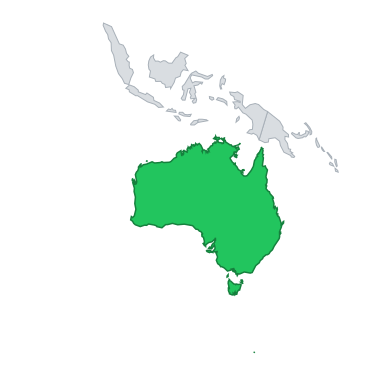 Australia shown with its bordering countries, rotated 17°
{"feature_id": "AUS", "entity_name": "Australia", "entity_type": "country or territory", "adm_level": 0, "iso_a3": "AUS", "parent_name": "Oceania", "parent_adm1": "", "projection": "robinson", "projection_center": [137.073, -32.4], "detail": "fine", "context": "with_neighbors", "style": "filled", "palette": "green", "viewbox_px": 384, "rotation_deg": 17, "n_neighbors": 4, "source": "natural_earth", "source_scale": "50m", "svg_char_len": 10134}
<svg xmlns="http://www.w3.org/2000/svg" viewBox="0 0 384 384"><g transform="rotate(17 192 192)"><path d="M240.8,93.0L255.2,98.7L260.1,103.3L260.7,106.0L267.4,108.8L268.3,111.2L264.7,111.6L265.5,114.7L269.1,117.6L271.6,122.5L273.9,122.3L273.8,124.3L276.8,125.1L275.6,125.9L279.8,127.9L279.4,129.2L276.7,129.5L275.8,128.3L268.3,127.1L263.0,121.7L260.9,117.8L255.7,115.8L249.9,118.6L250.4,121.9L247.3,123.5L240.9,122.5L240.8,93.0ZM285.8,95.9L288.9,99.2L289.4,101.6L288.2,102.8L286.5,98.3L282.4,94.9L279.5,93.6L280.6,92.5L285.8,95.9ZM282.0,107.7L277.8,109.8L275.6,109.8L270.1,107.2L270.4,105.8L274.0,106.5L276.2,106.1L276.8,104.0L277.4,103.8L277.8,106.3L280.0,105.9L283.4,102.7L283.0,100.1L285.4,100.0L286.2,100.7L286.1,103.2L284.7,106.0L282.7,106.4L282.0,107.7ZM295.9,105.4L300.8,110.8L300.3,112.1L299.2,112.5L297.4,110.8L295.7,107.9L294.9,104.5L295.4,104.0L295.9,105.4Z" fill="#d9dde1" stroke="#a8b0b8" stroke-width="1"/><path d="M240.8,93.0L240.9,122.5L237.4,118.8L233.3,117.9L232.3,119.2L227.3,119.3L229.0,115.6L231.5,114.4L230.4,109.4L228.5,105.6L220.8,101.8L217.5,101.4L211.5,97.2L210.3,99.4L208.7,99.8L207.8,98.2L207.8,96.2L204.8,94.0L209.1,92.3L211.9,92.4L211.6,91.2L205.7,91.2L204.1,88.5L200.5,87.7L198.8,85.4L204.2,84.3L206.3,82.8L212.7,84.7L214.5,93.7L218.6,96.4L222.0,91.6L226.6,88.9L230.1,88.9L236.5,92.1L240.8,93.0ZM176.8,121.5L177.3,123.8L174.7,127.2L171.3,128.2L170.8,127.6L172.9,123.3L176.8,121.5ZM213.7,112.4L213.3,109.0L214.8,105.9L215.7,107.2L215.7,109.3L213.7,112.4ZM148.3,62.4L146.0,66.5L148.9,70.8L148.2,72.9L152.7,77.1L147.9,77.6L146.6,80.7L146.8,84.8L142.9,87.9L142.9,92.4L141.3,99.4L140.7,97.7L136.2,99.8L134.6,97.0L131.8,96.8L129.8,95.3L125.0,96.9L123.5,94.7L117.6,94.5L116.9,88.4L114.9,87.1L113.0,83.2L112.4,79.3L112.9,75.1L115.3,72.1L116.0,75.1L118.7,77.6L121.3,76.7L123.8,77.1L126.2,74.8L128.1,74.4L131.9,75.6L135.2,74.7L137.3,68.4L138.8,66.8L140.2,61.6L148.3,62.4ZM194.3,93.9L198.7,95.2L200.1,98.7L196.8,96.8L188.4,96.6L189.3,94.1L194.3,93.9ZM184.3,98.4L181.5,97.5L180.7,95.6L184.8,95.4L185.8,96.8L184.3,98.4ZM188.5,71.3L188.8,73.8L191.1,74.2L191.5,76.0L191.3,80.0L189.2,79.5L188.6,82.3L190.3,84.7L189.2,85.2L187.5,82.4L186.4,76.6L187.2,72.9L188.5,71.3ZM163.4,76.6L173.0,77.0L177.0,73.7L177.7,74.7L174.5,79.2L171.5,80.1L167.6,79.2L157.4,80.1L156.9,83.5L160.5,87.5L162.6,85.5L170.1,83.9L169.8,86.0L168.0,85.4L166.3,88.0L162.8,89.8L166.6,95.6L165.9,97.2L169.5,102.4L169.5,105.4L167.3,106.7L165.7,105.1L167.7,101.4L163.7,103.2L162.7,101.9L163.2,100.2L160.4,97.5L160.6,93.1L158.0,94.5L158.5,106.2L156.0,106.9L154.3,105.6L155.4,101.4L154.7,97.0L153.1,97.0L151.8,93.9L153.4,90.9L156.0,80.5L156.8,78.6L160.3,75.2L163.4,76.6ZM158.2,127.7L152.9,124.5L156.6,123.6L160.1,126.4L159.9,127.6L158.2,127.7ZM162.3,119.9L165.0,119.5L168.5,117.9L168.0,120.4L162.0,121.7L156.6,121.1L156.6,119.5L159.8,118.5L162.3,119.9ZM150.0,119.1L152.4,118.7L153.5,120.6L143.9,122.1L145.3,119.5L147.5,119.5L148.5,117.9L150.0,119.1ZM110.8,110.3L111.4,111.9L119.1,112.4L119.9,110.5L127.4,112.7L128.8,115.6L134.9,116.4L139.8,119.1L135.3,120.9L130.8,119.0L123.1,118.8L111.7,115.8L110.1,116.4L102.8,114.5L102.0,112.6L98.4,112.2L101.0,107.9L105.9,108.2L110.8,110.3ZM94.1,86.1L94.8,89.2L96.2,91.8L99.2,92.2L101.1,95.0L100.2,100.7L100.1,107.7L95.7,107.8L92.2,104.0L87.1,100.3L82.3,93.9L77.1,84.1L73.6,80.3L71.0,72.9L67.4,70.0L65.4,66.1L62.4,63.6L58.3,58.6L58.0,56.3L66.7,57.4L79.2,71.6L83.3,71.7L86.6,74.8L88.9,78.6L91.9,80.7L90.3,84.4L92.7,86.0L94.1,86.1Z" fill="#d9dde1" stroke="#a8b0b8" stroke-width="1"/><path d="M176.8,121.5L177.2,120.4L180.7,119.4L184.7,118.7L186.2,119.2L177.3,123.8L176.8,121.5Z" fill="#d9dde1" stroke="#a8b0b8" stroke-width="1"/><path d="M325.0,128.7L326.0,130.3L323.2,130.2L321.8,127.4L325.0,128.7ZM323.3,124.7L322.7,125.5L319.8,121.6L319.0,118.9L320.3,118.9L323.3,124.7ZM320.0,125.9L316.0,125.6L315.1,124.9L315.4,123.1L318.0,123.8L320.0,125.9ZM315.2,117.5L316.3,119.9L309.6,114.8L310.2,114.4L315.2,117.5ZM302.9,111.1L306.9,114.5L306.1,114.7L304.3,113.7L302.7,111.8L302.9,111.1Z" fill="#d9dde1" stroke="#a8b0b8" stroke-width="1"/><path d="M249.4,135.4L249.1,137.0L250.3,138.5L251.6,146.2L252.4,146.8L254.5,145.7L255.2,146.9L257.7,148.9L258.2,155.6L259.4,157.7L260.1,157.9L260.9,161.2L260.5,164.0L261.6,165.3L261.8,167.2L264.8,169.1L265.9,169.1L267.1,170.8L271.1,173.2L271.6,174.1L270.8,174.5L273.7,179.0L274.6,183.0L275.1,182.7L275.6,183.5L275.9,181.7L277.9,183.5L278.2,182.6L278.7,183.6L279.0,187.6L280.1,189.0L282.7,190.6L286.8,196.5L286.8,197.7L287.7,198.9L287.3,204.5L288.9,209.3L289.0,211.2L286.4,219.8L285.8,223.8L284.2,226.5L283.8,228.3L282.6,229.8L281.2,230.4L279.1,233.5L279.0,235.1L277.3,237.7L277.0,240.0L274.5,243.7L273.1,251.4L271.4,252.5L265.4,253.2L261.5,256.5L259.1,256.8L259.5,257.5L260.0,257.3L259.7,258.7L258.8,257.4L258.0,257.6L257.5,256.5L256.1,255.9L256.6,255.3L256.4,254.6L255.7,254.6L254.4,255.8L253.6,255.0L254.3,255.0L255.1,253.9L254.3,253.0L252.4,254.1L253.4,254.4L249.1,257.2L245.1,255.2L242.4,254.7L241.3,255.1L239.8,253.8L237.5,253.0L235.2,250.1L235.5,247.4L235.1,246.1L232.2,242.6L233.5,242.7L233.4,241.6L230.6,242.8L229.3,242.7L230.5,240.0L230.5,238.9L229.0,236.2L227.4,240.6L224.4,241.0L224.9,239.5L226.3,239.5L226.7,236.1L228.4,233.5L228.1,231.8L228.6,231.3L227.8,228.9L227.8,230.1L225.7,233.7L222.7,235.5L220.6,238.4L220.9,239.8L220.3,239.3L219.7,239.7L217.7,238.0L218.1,237.6L219.0,238.0L218.1,235.2L216.2,232.0L214.6,231.6L213.8,229.7L214.3,229.6L214.3,228.8L212.1,227.3L210.4,227.2L208.6,226.1L206.5,226.4L202.4,224.0L194.0,225.0L187.9,227.5L182.5,227.7L178.2,230.3L176.3,230.9L173.7,235.0L168.5,235.4L168.2,234.8L165.7,234.6L159.8,235.3L158.4,237.1L156.3,237.6L152.6,240.2L147.4,239.9L145.4,239.0L143.7,237.3L141.5,236.6L141.2,233.2L142.7,233.8L143.8,231.7L143.4,224.9L140.7,219.8L139.4,213.4L136.5,208.5L135.8,205.2L132.3,199.9L132.8,200.2L132.9,199.5L133.9,201.6L134.9,201.4L134.9,200.6L133.0,197.8L133.1,197.3L134.2,198.3L134.3,199.7L134.8,199.2L135.4,200.6L135.8,200.9L136.3,200.4L136.2,198.4L132.8,192.0L133.0,189.4L133.9,187.4L134.0,185.1L133.5,183.8L134.7,180.4L135.1,180.2L135.3,183.1L136.2,182.5L137.4,180.2L140.3,178.7L145.0,174.8L147.8,175.2L153.0,173.1L154.4,171.9L156.3,172.1L161.8,170.1L163.1,168.8L165.0,165.0L167.0,163.3L166.1,160.8L166.5,158.9L169.3,155.7L171.7,160.6L171.8,158.4L172.7,158.8L172.9,157.9L171.3,156.0L171.9,155.6L171.8,154.8L172.3,154.6L172.8,155.5L173.5,154.9L176.4,155.6L175.0,155.1L175.9,153.1L175.3,153.6L174.8,152.6L175.0,151.4L175.5,151.5L176.0,150.4L177.5,151.2L177.5,150.6L176.9,150.6L176.6,149.9L177.4,149.2L178.6,149.7L177.9,147.9L179.5,146.9L179.7,145.8L179.8,147.1L180.4,146.8L180.7,147.5L181.2,146.9L181.3,144.6L182.2,145.4L182.7,144.8L183.4,145.4L184.7,143.5L186.9,144.8L189.9,148.1L189.4,150.7L189.7,150.2L190.1,150.6L189.8,149.4L191.4,148.2L193.3,148.7L193.9,149.9L194.1,148.6L195.6,149.8L195.6,148.5L196.4,148.4L195.5,147.6L195.8,147.2L194.6,146.4L195.9,144.6L196.4,142.7L198.0,141.5L197.7,139.9L198.6,138.7L199.4,138.5L199.4,137.5L200.4,138.1L200.4,137.3L202.1,135.9L202.7,136.8L205.9,136.4L206.6,136.9L206.9,136.2L207.8,136.2L207.6,134.0L204.2,132.4L204.7,131.9L205.5,132.5L206.2,132.1L207.6,133.3L208.7,132.9L209.6,134.3L214.5,135.8L215.8,135.5L217.0,136.5L217.7,136.6L220.5,134.8L219.7,136.5L220.9,136.5L221.2,137.5L221.9,137.6L221.9,136.2L223.0,135.4L224.6,137.2L223.0,139.2L223.2,140.1L222.7,141.2L222.0,140.8L220.6,141.5L220.7,144.4L218.5,148.1L218.7,148.9L222.0,151.8L223.6,152.3L224.0,153.3L224.8,153.2L227.6,154.8L229.7,157.0L232.8,157.8L233.7,159.8L236.8,161.5L238.7,161.1L240.0,160.2L242.3,154.1L243.2,149.5L242.6,143.7L243.3,141.3L243.2,139.9L244.4,138.9L243.4,137.8L243.5,137.2L244.2,135.5L244.6,135.8L245.4,130.8L246.6,129.7L247.2,129.9L246.9,130.5L247.8,131.6L248.2,134.8L249.4,135.4ZM253.2,265.6L255.3,266.0L259.0,267.8L260.5,267.4L261.0,267.8L261.5,267.0L263.2,267.0L265.2,266.0L266.1,266.4L266.2,272.5L265.8,271.4L265.0,272.7L264.5,274.5L264.7,276.7L264.0,277.0L263.5,276.1L264.1,275.7L263.3,275.3L262.8,276.1L262.3,275.1L262.0,277.0L261.1,276.7L261.4,277.2L260.6,278.7L257.6,278.4L257.4,277.7L258.2,277.4L257.0,277.3L255.7,275.7L254.7,272.5L255.7,273.7L255.9,273.1L255.2,272.2L254.9,272.4L254.9,271.6L253.3,268.8L252.9,266.9L253.2,265.6ZM199.4,132.8L202.0,131.9L203.1,133.0L200.7,135.3L199.0,133.9L198.5,131.9L199.4,132.8ZM227.1,243.3L228.3,243.2L229.1,243.8L227.4,244.0L226.5,244.8L223.9,244.6L223.1,244.0L223.5,243.3L226.1,242.6L227.0,242.7L227.1,243.3ZM223.7,143.8L224.4,143.7L223.8,145.0L224.6,145.5L224.4,146.0L222.2,145.6L222.5,144.1L223.4,143.2L223.7,143.8ZM287.4,198.0L287.0,197.1L287.3,195.4L288.1,194.6L287.8,193.7L288.2,193.3L288.6,194.9L287.4,198.0ZM265.5,261.4L266.6,262.5L266.6,263.3L265.8,263.7L264.6,262.0L265.5,261.4ZM198.1,132.6L199.4,134.8L197.1,134.6L198.1,132.6ZM250.4,263.1L250.1,262.1L250.7,260.6L251.2,262.3L250.4,263.1ZM235.5,156.1L234.4,156.7L233.4,157.1L233.9,155.9L235.1,155.5L235.5,156.1ZM132.2,199.3L131.3,198.1L131.2,197.0L131.3,196.9L132.2,199.3ZM266.6,263.9L267.1,264.5L266.8,264.7L265.4,264.2L266.6,263.9ZM279.7,187.9L280.5,187.9L280.5,189.0L279.7,187.9ZM261.4,163.9L261.7,164.6L261.5,165.0L260.7,164.0L261.4,163.9ZM262.1,277.2L262.2,278.2L261.5,277.9L262.1,277.2ZM288.9,205.6L288.5,206.9L288.4,206.8L288.5,205.5L288.9,205.6ZM207.3,132.4L206.8,131.2L207.2,130.9L207.4,131.8L207.3,132.4ZM223.8,131.9L222.9,133.0L223.9,131.1L223.8,131.9ZM288.5,205.1L288.3,204.3L288.5,203.8L288.5,205.1ZM225.2,152.7L224.6,152.4L224.9,151.9L225.1,152.2L225.2,152.7ZM221.9,143.7L221.3,143.8L221.7,143.1L221.9,143.7ZM140.0,174.9L139.9,175.8L139.6,175.7L140.0,174.9ZM245.8,129.7L245.5,130.0L245.3,129.4L245.5,129.2L245.8,129.7ZM256.4,255.1L255.8,255.4L255.6,255.3L255.7,254.9L256.4,255.1ZM298.5,326.9L298.1,327.7L298.6,326.5L298.5,326.9ZM222.7,133.4L221.5,134.1L222.7,133.2L222.7,133.4ZM178.0,146.8L177.5,147.3L177.8,146.7L178.0,146.8ZM262.7,277.1L262.2,276.7L262.4,276.4L262.6,276.5L262.7,277.1ZM235.0,158.7L234.3,158.7L234.7,158.2L235.0,158.7ZM175.7,150.8L175.4,151.1L175.3,150.4L175.7,150.8ZM255.4,255.6L255.9,256.0L255.1,255.9L255.4,255.6ZM275.5,181.6L275.3,181.6L275.4,181.2L275.5,181.6ZM253.5,264.8L253.4,265.2L253.2,264.7L253.5,264.8Z" fill="#22c55e" stroke="#15803d" stroke-width="1.5"/></g></svg>